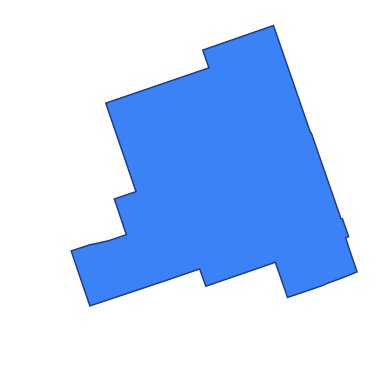 outline of Lincoln, New Mexico, United States of America, rotated 341°
{"feature_id": "52423323B6872009723033", "entity_name": "Lincoln", "entity_type": "district", "adm_level": 2, "iso_a3": "USA", "parent_name": "United States of America", "parent_adm1": "New Mexico", "projection": "albers", "projection_center": [-105.442, 33.739], "detail": "fine", "context": "isolated", "style": "filled", "palette": "blue", "viewbox_px": 384, "rotation_deg": 341, "n_neighbors": 0, "source": "geoboundaries", "source_scale": "gbopen_adm2", "svg_char_len": 604}
<svg xmlns="http://www.w3.org/2000/svg" viewBox="0 0 384 384"><g transform="rotate(341 192 192)"><path d="M323.2,61.1L248.4,61.3L248.4,80.1L139.4,79.9L139.2,173.4L116.3,173.3L116.2,189.9L116.0,211.0L97.1,210.9L77.5,208.6L58.6,208.4L58.4,247.3L58.4,266.5L63.1,266.5L137.5,267.2L173.0,267.2L174.2,267.2L174.4,285.6L236.3,285.6L247.9,285.5L248.0,322.8L285.6,322.9L291.6,322.3L304.0,322.2L322.1,321.2L322.1,303.5L322.3,285.2L325.6,285.2L325.5,276.3L325.5,266.4L324.2,265.4L324.1,229.2L324.1,223.1L324.0,175.3L323.3,173.6L323.3,116.8L323.2,61.1Z" fill="#3b82f6" stroke="#1e3a8a" stroke-width="1.5"/></g></svg>